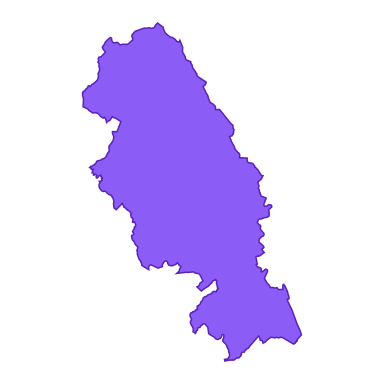 outline of Jacala de Ledezma, Hidalgo, Mexico
{"feature_id": "50627088B43543909000862", "entity_name": "Jacala de Ledezma", "entity_type": "district", "adm_level": 2, "iso_a3": "MEX", "parent_name": "Mexico", "parent_adm1": "Hidalgo", "projection": "natural_earth1", "projection_center": [-99.159, 20.965], "detail": "fine", "context": "isolated", "style": "filled", "palette": "violet", "viewbox_px": 384, "rotation_deg": 0, "n_neighbors": 0, "source": "geoboundaries", "source_scale": "gbopen_adm2", "svg_char_len": 5984}
<svg xmlns="http://www.w3.org/2000/svg" viewBox="0 0 384 384"><path d="M266.0,197.9L261.2,196.1L260.2,194.0L260.2,193.0L259.5,191.7L259.2,189.9L258.5,188.5L258.4,187.5L259.0,186.1L257.8,182.2L261.3,179.1L263.0,175.7L261.9,175.6L261.3,175.1L259.3,172.4L258.5,170.5L255.7,167.6L254.8,167.3L254.9,166.4L253.2,164.0L251.8,163.1L248.6,162.8L247.7,161.9L247.0,160.2L247.3,158.1L239.4,157.7L239.8,155.6L239.5,154.0L238.5,152.6L237.9,152.4L235.1,149.2L234.1,146.1L231.2,141.3L231.0,140.0L229.5,136.8L230.6,136.1L231.8,136.0L233.3,134.0L234.0,129.7L232.9,127.6L233.0,125.4L230.6,123.3L219.6,109.5L215.6,109.6L215.3,106.3L212.8,103.9L210.3,102.6L208.7,99.0L207.8,95.7L206.0,92.7L203.1,86.7L205.5,84.5L206.2,82.1L197.8,76.6L196.7,74.9L196.7,73.4L195.9,73.3L195.5,71.8L192.7,67.9L192.1,65.1L190.7,62.7L190.8,61.7L186.0,59.8L185.1,56.5L182.5,51.9L182.7,47.3L179.9,40.4L179.2,42.1L177.1,41.6L174.8,39.0L172.0,37.3L170.9,37.4L168.5,35.8L165.3,32.9L163.5,29.2L163.1,27.2L157.5,23.0L155.3,25.5L154.5,27.3L153.9,27.8L151.1,28.3L149.0,27.7L146.5,28.3L144.4,28.0L135.2,31.3L131.9,35.1L131.9,36.5L132.8,38.7L132.4,40.2L128.3,43.8L127.2,44.4L123.1,44.2L120.0,44.9L117.8,42.5L116.7,42.4L113.8,43.0L112.3,41.6L111.8,40.4L111.5,38.1L110.6,37.5L109.1,38.4L105.5,41.9L103.8,45.1L102.4,46.8L102.4,47.6L103.7,50.1L105.2,51.5L105.2,52.3L101.2,56.7L98.8,57.3L98.2,58.5L98.6,60.4L97.9,62.3L99.1,63.5L98.9,66.6L99.2,66.9L99.8,69.7L98.0,73.8L98.4,75.1L98.3,77.6L97.2,80.3L93.4,83.7L91.9,84.5L90.7,86.1L89.8,86.4L89.4,85.9L88.3,85.9L87.6,87.5L85.5,89.5L85.2,90.2L82.6,92.3L82.6,95.5L83.5,99.0L83.1,106.8L87.6,108.9L89.0,110.5L92.8,113.0L95.2,112.7L97.8,113.4L99.7,115.1L100.7,116.5L103.3,118.2L104.6,117.4L105.9,119.5L106.6,122.5L108.1,121.1L109.9,120.4L112.3,116.7L113.4,117.6L115.3,118.0L120.9,121.6L117.0,131.7L112.5,131.6L112.4,132.9L113.8,136.9L113.1,140.7L108.9,146.6L109.2,151.3L108.0,152.5L106.5,155.4L106.4,156.2L105.4,157.5L103.7,158.6L102.6,158.8L101.0,160.0L97.1,161.0L96.4,161.9L96.2,162.8L95.1,163.7L94.8,164.6L93.3,165.1L92.1,166.3L90.8,166.3L89.6,167.6L91.1,168.2L91.3,169.3L92.1,169.6L93.3,169.4L92.0,172.8L93.1,173.1L93.7,173.6L93.5,175.1L94.2,175.1L95.4,174.2L96.6,175.3L96.1,177.1L96.5,177.9L97.1,178.1L98.3,176.9L98.6,175.9L99.9,175.8L100.7,175.1L100.9,176.6L102.4,177.7L102.3,178.2L101.4,178.7L102.0,180.0L102.0,180.6L100.5,181.2L99.3,181.2L100.1,182.7L99.5,183.3L99.1,184.5L99.1,186.6L99.6,188.2L101.7,190.9L103.4,191.5L104.5,191.2L105.4,191.4L108.8,194.5L111.5,195.4L112.2,197.3L112.8,197.7L113.9,201.1L113.5,203.5L113.9,207.2L114.4,208.4L115.2,208.6L116.2,209.7L122.4,203.3L124.0,207.3L124.8,207.5L127.4,210.1L129.6,211.2L131.1,213.7L130.7,214.5L131.2,217.3L132.9,218.6L133.0,219.0L132.5,222.1L133.0,222.5L134.0,221.9L135.0,222.5L135.7,225.1L135.5,226.4L134.4,227.0L134.5,228.5L133.7,229.2L132.5,231.7L133.6,233.4L133.7,234.6L131.7,235.5L131.5,236.5L132.4,239.9L134.1,241.5L134.7,243.3L136.0,245.2L137.7,246.8L137.4,249.3L136.8,250.7L137.4,251.2L137.3,254.2L139.2,259.5L140.4,260.7L140.9,262.2L141.3,262.3L141.9,265.5L148.8,269.7L148.7,266.9L149.3,265.7L150.6,264.7L158.1,268.1L162.5,266.6L162.3,264.9L164.4,261.5L165.4,261.0L167.0,261.1L167.8,262.9L167.7,263.4L168.8,265.2L170.7,265.7L172.9,265.7L173.6,265.1L175.7,264.5L177.5,262.7L179.4,265.5L180.0,265.7L180.9,266.9L179.5,269.3L179.2,271.2L176.7,273.4L186.8,272.2L187.4,272.5L193.3,271.9L194.9,272.9L198.9,273.8L199.7,274.5L203.0,280.8L200.0,283.3L198.8,286.0L196.9,286.8L201.3,291.0L206.5,287.2L207.8,286.7L211.9,282.7L212.1,281.8L212.7,280.9L215.3,280.0L215.4,279.5L215.8,279.6L216.1,280.5L216.7,280.8L216.8,281.2L216.4,282.1L216.7,284.3L217.5,286.6L217.2,287.0L217.7,287.9L217.5,288.3L218.0,289.0L216.8,290.1L216.5,291.7L215.9,291.9L214.9,291.4L213.6,291.4L212.3,292.2L211.5,293.7L207.8,294.9L206.8,296.1L204.7,296.8L203.1,298.0L202.5,300.4L200.9,301.9L200.2,304.0L198.4,305.6L197.2,306.2L197.0,307.0L197.4,307.8L197.1,308.4L197.5,309.0L197.4,309.6L195.5,310.1L194.7,311.4L192.8,311.7L192.3,312.4L190.7,313.0L190.1,314.3L190.1,316.2L191.6,319.3L190.5,321.4L190.5,323.3L193.1,328.2L193.3,330.8L193.0,331.8L194.7,332.6L195.2,333.5L196.0,332.5L196.4,330.8L197.5,330.2L197.4,329.4L198.2,327.7L199.9,327.5L200.8,325.7L201.6,325.5L203.1,323.9L204.4,323.8L205.0,324.0L207.8,327.3L208.7,333.6L210.8,335.2L213.5,336.6L216.0,339.0L217.7,339.5L220.0,338.6L221.1,337.5L222.0,334.9L222.9,334.4L224.0,335.2L223.5,338.5L222.9,339.4L222.8,340.8L223.0,341.5L225.7,344.0L226.5,345.3L227.1,347.3L228.6,349.8L228.6,352.0L229.2,352.8L229.6,354.9L229.6,355.8L228.7,357.5L227.2,359.1L224.5,359.4L224.8,361.0L230.2,360.0L231.6,360.2L234.4,359.9L236.5,358.0L238.8,358.0L240.6,356.2L241.3,354.9L241.0,354.8L241.3,353.3L242.2,352.2L244.3,352.1L245.1,350.3L245.7,350.2L246.4,349.1L248.6,348.0L249.5,346.5L258.6,336.0L259.7,337.9L260.3,340.3L261.9,340.5L262.5,341.2L263.0,343.2L265.2,342.1L266.9,340.3L270.9,337.2L275.0,337.9L276.5,337.2L278.3,337.9L281.9,337.2L293.6,344.1L295.4,343.0L295.6,341.8L295.9,341.7L295.9,342.0L296.8,341.5L297.2,340.8L296.9,340.0L301.4,334.9L300.2,330.8L296.8,323.3L292.2,310.5L287.8,301.3L287.4,299.2L288.1,299.3L289.1,298.6L288.7,295.7L288.3,295.1L287.4,291.4L284.8,285.8L283.8,284.5L283.2,284.5L282.9,285.3L282.8,289.4L279.2,289.6L278.3,289.3L277.0,287.6L274.9,288.1L272.7,287.4L270.3,287.6L269.5,285.6L266.9,282.7L264.4,278.3L267.4,271.8L267.5,270.0L265.7,269.0L263.7,270.7L261.5,272.0L261.1,271.2L261.4,268.9L260.1,267.7L257.4,266.9L256.5,265.6L256.2,264.5L257.3,264.1L255.9,256.9L256.2,256.4L259.6,256.0L264.3,252.5L262.6,250.7L262.0,248.9L263.9,247.6L263.9,247.0L263.0,245.6L259.0,242.1L258.9,240.9L259.6,238.7L261.5,236.8L263.5,235.9L264.1,234.3L263.8,233.3L260.6,229.5L260.3,228.2L260.8,226.3L260.2,225.2L259.2,224.8L257.7,222.9L257.4,222.4L257.6,221.6L258.6,219.6L259.5,218.9L260.9,219.1L264.3,217.7L266.7,217.4L269.1,216.1L269.2,213.4L268.8,209.7L271.8,206.9L271.6,205.6L270.9,204.9L268.6,204.6L266.6,206.3L264.8,206.2L264.1,205.6L263.8,204.4L266.1,198.6L266.0,197.9Z" fill="#8b5cf6" stroke="#5b21b6" stroke-width="1.5"/></svg>